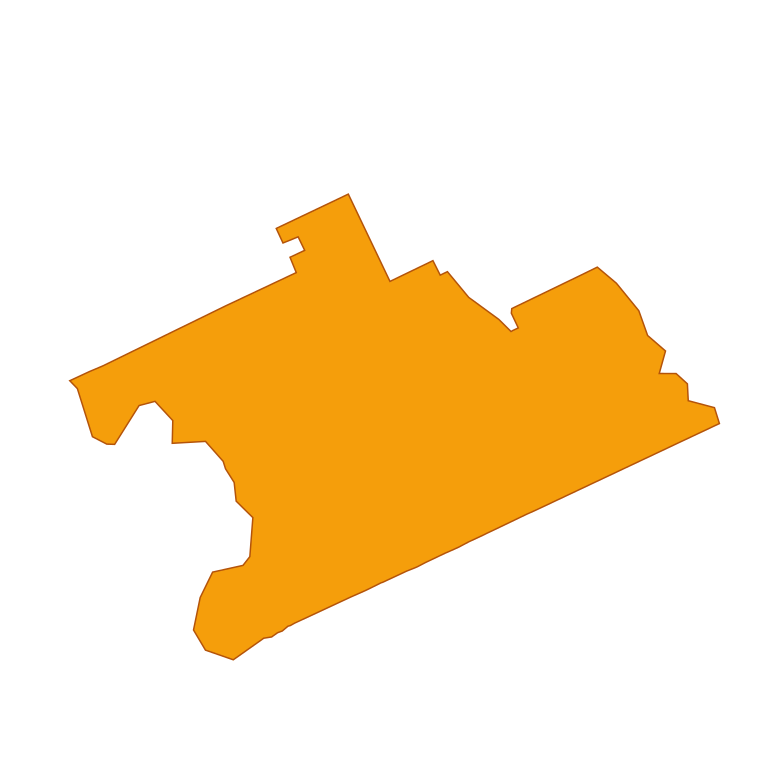 Sebastian, Arkansas, United States of America, rotated 243°
{"feature_id": "52423323B741493038537", "entity_name": "Sebastian", "entity_type": "district", "adm_level": 2, "iso_a3": "USA", "parent_name": "United States of America", "parent_adm1": "Arkansas", "projection": "orthographic", "projection_center": [-94.303, 35.191], "detail": "fine", "context": "isolated", "style": "filled", "palette": "amber", "viewbox_px": 768, "rotation_deg": 243, "n_neighbors": 0, "source": "geoboundaries", "source_scale": "gbopen_adm2", "svg_char_len": 1251}
<svg xmlns="http://www.w3.org/2000/svg" viewBox="0 0 768 768"><g transform="rotate(243 384 384)"><path d="M196.5,664.9L212.9,667.7L231.0,647.5L246.4,654.4L260.7,649.0L268.4,634.0L285.6,649.8L307.5,640.9L333.6,644.3L368.3,636.8L391.3,627.1L391.6,608.2L393.2,532.1L389.3,529.6L373.0,529.1L373.2,523.0L373.1,521.0L389.5,515.6L422.7,498.8L455.3,491.5L455.5,483.5L471.7,483.6L472.7,435.9L569.4,438.4L571.5,360.4L571.5,358.6L555.5,358.0L554.1,374.3L539.1,374.0L539.6,357.8L523.1,356.4L525.5,278.8L527.8,141.4L528.8,127.4L529.6,105.5L519.1,108.7L469.4,100.3L456.3,109.7L452.5,116.6L476.0,156.0L472.5,172.1L447.3,179.2L427.3,168.4L413.9,198.9L388.1,205.6L380.4,204.3L364.3,205.8L346.7,199.1L324.5,206.5L291.1,186.1L286.4,176.0L294.2,145.9L277.2,123.3L251.3,102.6L227.9,104.1L206.7,124.5L212.1,161.5L211.9,162.0L211.2,164.2L209.6,169.1L209.8,170.1L210.7,176.3L210.1,181.2L211.8,188.5L211.3,190.9L211.5,195.9L209.3,257.5L208.4,273.9L208.3,278.3L208.2,291.0L207.9,292.8L207.8,295.4L207.8,296.0L207.0,319.2L206.2,327.8L206.0,331.0L206.1,340.1L205.5,361.9L205.3,364.6L204.7,376.9L204.8,381.0L204.9,388.0L204.3,404.8L204.3,407.8L204.1,413.9L203.2,451.8L202.7,461.7L200.8,524.3L198.0,616.5L196.5,664.9Z" fill="#f59e0b" stroke="#b45309" stroke-width="1.5"/></g></svg>